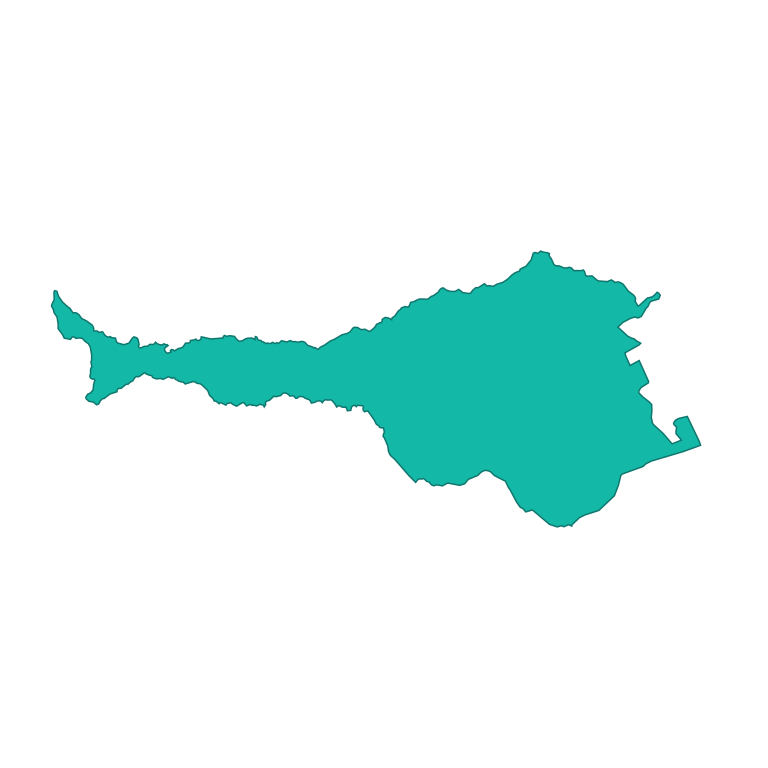 North Imenti, Eastern, Kenya, rotated 161°
{"feature_id": "3690345B12906040129315", "entity_name": "North Imenti", "entity_type": "district", "adm_level": 2, "iso_a3": "KEN", "parent_name": "Kenya", "parent_adm1": "Eastern", "projection": "robinson", "projection_center": [37.763, 0.044], "detail": "fine", "context": "isolated", "style": "filled", "palette": "teal", "viewbox_px": 768, "rotation_deg": 161, "n_neighbors": 0, "source": "geoboundaries", "source_scale": "gbopen_adm2", "svg_char_len": 6165}
<svg xmlns="http://www.w3.org/2000/svg" viewBox="0 0 768 768"><g transform="rotate(161 384 384)"><path d="M93.9,378.0L94.7,380.4L95.9,381.8L99.8,379.7L102.3,379.1L106.9,379.5L116.9,375.2L118.5,375.0L119.6,380.6L118.4,382.5L118.4,384.8L119.1,386.8L122.8,392.3L125.3,400.3L127.3,402.8L129.3,404.3L132.8,404.9L133.3,406.2L135.2,408.4L139.5,408.1L147.6,411.6L149.0,413.1L152.1,418.5L156.7,419.7L158.0,421.0L157.8,425.2L158.4,426.9L160.6,427.0L167.6,429.4L169.0,432.7L171.0,434.1L172.5,434.0L176.0,435.1L179.6,438.4L183.4,440.1L184.5,441.8L185.0,447.8L186.0,450.7L186.0,452.2L185.1,453.4L186.5,454.8L190.1,456.6L192.7,458.7L195.6,457.3L198.4,459.2L200.2,459.1L204.4,453.5L211.4,449.1L217.8,448.3L219.1,446.7L223.8,446.5L227.6,445.4L232.9,442.9L238.5,441.4L244.7,441.6L249.1,440.8L252.4,442.7L254.6,443.1L256.4,446.1L263.5,444.4L265.9,445.2L269.9,443.6L272.3,441.8L274.1,441.9L279.7,444.7L282.5,449.1L286.6,448.4L290.8,449.8L294.4,452.4L296.7,455.6L298.3,455.8L300.4,455.1L303.0,453.1L308.3,451.5L311.1,451.4L314.1,450.2L315.9,450.2L322.0,452.6L323.9,452.8L330.0,452.1L332.0,452.6L335.0,449.4L336.3,448.9L338.9,450.4L342.7,450.3L344.5,449.0L346.7,448.4L351.4,444.9L355.0,443.8L355.8,442.2L358.0,444.7L359.4,445.6L361.2,446.5L363.0,446.2L364.7,445.6L365.4,443.7L366.6,443.0L368.2,443.4L369.5,442.9L371.5,442.9L374.3,440.6L379.5,438.5L380.9,438.6L384.1,441.9L388.0,442.9L390.6,446.0L393.6,447.3L395.4,446.9L399.2,444.3L402.6,443.8L407.7,444.2L416.6,442.4L420.5,442.2L427.3,440.2L432.3,439.5L434.6,438.3L435.8,438.8L437.4,441.0L438.8,441.1L439.7,442.5L443.6,445.3L445.0,448.8L446.3,450.2L448.2,451.2L451.9,451.5L454.0,453.0L456.0,453.4L458.6,455.6L462.1,455.3L466.8,458.3L469.6,457.0L470.9,457.0L471.9,458.0L473.6,457.6L476.0,459.7L477.7,459.2L479.6,459.7L480.8,460.7L482.3,460.6L484.4,463.1L485.6,463.6L486.2,465.2L488.7,466.5L489.0,469.8L490.2,470.7L491.7,468.0L493.7,470.4L498.1,471.7L500.8,471.7L504.0,470.9L507.3,471.8L508.9,474.5L509.9,477.7L514.1,479.9L517.4,480.3L518.8,481.8L520.3,481.4L521.2,479.9L533.1,483.0L541.4,488.1L542.5,486.1L544.4,485.4L546.2,485.7L547.3,487.7L549.1,487.5L552.9,488.2L553.7,486.5L555.5,486.3L558.3,487.3L561.5,484.8L563.6,484.1L567.0,484.5L571.3,483.5L572.3,485.0L573.6,485.8L575.0,485.2L574.7,483.7L578.3,483.4L579.5,484.4L580.3,486.2L580.3,488.4L579.1,489.6L575.6,490.6L576.3,491.9L577.8,492.3L579.0,493.7L581.2,493.1L583.6,494.4L585.3,495.9L586.4,497.9L588.1,496.7L589.7,496.6L592.3,497.7L595.5,496.7L598.5,497.7L602.0,497.3L603.6,497.9L603.9,499.6L602.7,501.0L602.1,505.8L602.4,507.7L603.6,508.9L605.2,510.0L607.2,509.2L611.8,505.7L617.1,505.8L622.5,509.5L623.3,511.2L622.9,514.8L626.4,516.5L627.5,518.0L629.4,518.0L630.9,519.3L632.0,521.0L633.1,525.0L637.0,525.7L637.6,527.3L641.0,528.6L640.3,531.9L640.7,534.7L644.8,540.6L648.5,544.3L649.8,548.7L650.8,550.3L652.2,551.7L655.0,552.6L656.3,557.8L657.6,559.4L661.2,565.9L663.2,572.8L663.1,578.2L665.0,579.5L666.1,578.4L668.4,571.1L672.1,567.4L673.0,565.9L672.4,562.1L672.7,558.5L671.4,554.2L671.5,552.8L672.5,547.0L674.1,542.4L671.9,535.5L671.4,531.4L665.9,528.3L663.5,530.0L661.6,529.3L660.4,527.4L657.2,526.8L654.4,525.4L652.7,521.5L650.4,518.4L649.7,514.6L651.0,506.4L652.7,501.8L654.0,500.0L654.6,495.3L656.0,494.4L657.0,492.6L657.9,489.8L659.6,487.1L659.6,485.2L658.1,483.5L656.5,483.2L656.2,481.7L658.8,477.9L660.9,473.2L664.4,471.1L667.5,470.8L670.3,468.6L670.4,466.9L668.6,463.7L664.7,461.5L662.5,457.9L660.3,458.0L657.6,460.5L655.0,461.7L653.3,461.4L646.6,463.7L639.0,463.6L638.2,465.2L636.8,466.3L633.9,465.5L628.3,467.6L625.8,467.2L623.6,468.3L620.5,468.8L617.5,471.1L615.7,471.8L614.7,471.0L612.8,470.8L606.8,472.7L605.6,470.9L602.6,468.4L601.0,467.7L600.6,465.5L597.7,463.0L593.6,462.0L591.3,460.3L585.6,461.1L582.3,458.3L580.7,458.6L579.4,455.9L578.1,455.0L577.4,453.7L574.8,451.8L573.5,451.5L571.9,448.7L563.9,448.5L561.8,447.3L560.6,445.5L558.3,444.4L556.9,443.2L552.8,435.3L552.6,430.0L550.4,425.9L550.1,423.3L548.2,422.1L546.3,419.0L545.1,419.6L543.8,419.0L540.4,415.5L538.5,416.7L534.7,416.0L533.8,414.2L530.6,411.0L524.3,412.4L522.6,412.0L521.0,408.0L517.2,408.3L515.9,406.9L513.9,406.3L511.6,404.7L508.0,405.2L505.0,403.4L504.7,401.3L502.5,403.1L502.5,404.6L501.0,405.9L497.4,405.9L492.2,408.3L490.1,407.1L485.5,406.7L482.8,408.1L481.4,408.0L479.8,407.4L478.5,406.1L477.5,404.9L477.1,403.3L473.5,402.4L472.0,399.1L470.6,398.9L468.1,399.8L464.6,398.2L463.1,396.1L459.9,393.5L459.1,391.9L458.9,389.6L455.5,389.2L452.1,389.7L449.3,388.3L448.4,386.4L446.7,387.8L443.9,388.2L443.0,387.3L438.9,386.1L437.0,381.4L436.2,377.6L434.5,378.3L432.4,377.3L431.1,375.7L427.5,374.4L427.3,370.6L424.0,369.9L422.1,373.0L420.3,373.5L418.2,373.2L417.6,371.6L416.0,372.5L411.1,370.3L411.2,368.5L412.1,367.0L412.1,365.4L411.3,364.0L409.5,364.1L408.0,363.6L405.0,353.4L404.3,348.4L402.5,346.1L402.3,344.6L401.1,343.5L398.8,342.8L399.3,338.3L400.9,336.7L401.9,334.7L401.2,332.9L400.6,324.0L401.6,319.3L401.5,315.7L400.7,313.5L398.3,309.2L390.3,289.3L386.1,280.7L383.0,282.7L381.2,282.8L379.7,281.9L377.6,281.8L376.5,280.6L375.7,278.5L373.2,276.4L372.1,273.4L370.2,271.6L367.0,271.5L362.0,268.7L356.0,269.6L345.3,263.5L340.1,263.4L335.3,266.4L325.1,267.0L320.7,269.1L318.5,269.4L316.2,269.4L313.3,267.7L311.8,266.3L309.4,261.5L300.8,252.5L300.0,245.3L299.3,243.3L297.0,228.8L295.3,223.1L293.2,221.0L291.6,216.9L284.7,216.6L273.3,197.5L266.8,192.5L262.3,192.2L260.4,190.5L255.3,190.9L252.7,188.5L252.1,189.7L242.7,194.0L236.5,194.8L222.0,194.5L202.5,203.4L195.3,212.0L189.9,220.4L188.0,221.3L165.8,221.7L162.5,223.3L156.4,224.1L123.0,222.7L104.6,223.0L104.6,227.2L107.8,254.6L116.7,255.5L119.7,255.0L121.9,253.7L123.0,252.5L123.0,251.1L121.8,249.0L121.6,247.4L123.5,243.8L124.0,241.7L121.0,234.1L131.1,233.6L136.1,246.2L142.2,257.4L142.9,259.6L142.1,265.6L139.5,271.3L137.6,277.4L138.9,280.4L143.6,287.7L146.0,292.8L145.3,294.4L142.3,296.9L133.7,299.0L133.0,300.2L135.1,323.1L145.3,321.4L146.3,331.4L146.0,335.0L130.0,337.9L128.0,339.0L130.9,342.1L133.0,345.5L134.8,346.5L138.0,349.9L144.3,361.7L138.0,364.5L129.6,365.8L125.1,365.7L122.3,363.7L118.7,364.1L111.5,370.2L109.4,371.2L106.0,374.7L104.5,375.3L96.6,374.9L93.9,378.0Z" fill="#14b8a6" stroke="#0f766e" stroke-width="1.5"/></g></svg>